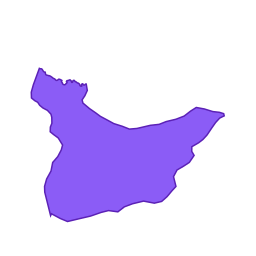 the district of Pochon, Ryanggang, North Korea, rotated 76°
{"feature_id": "82179303B51146356154870", "entity_name": "Pochon", "entity_type": "district", "adm_level": 2, "iso_a3": "PRK", "parent_name": "North Korea", "parent_adm1": "Ryanggang", "projection": "mercator", "projection_center": [128.323, 41.648], "detail": "fine", "context": "isolated", "style": "filled", "palette": "violet", "viewbox_px": 256, "rotation_deg": 76, "n_neighbors": 0, "source": "geoboundaries", "source_scale": "gbopen_adm2", "svg_char_len": 4158}
<svg xmlns="http://www.w3.org/2000/svg" viewBox="0 0 256 256"><g transform="rotate(76 128 128)"><path d="M78.9,211.9L81.2,209.4L84.6,208.2L88.0,205.7L91.4,201.9L96.0,199.4L99.3,199.4L105.0,200.7L108.3,203.1L112.8,204.4L116.2,201.9L120.8,198.1L128.7,195.6L133.2,198.1L138.8,203.1L143.2,209.4L151.1,213.1L157.8,219.3L164.5,223.1L170.1,224.3L181.4,224.3L194.3,224.3L192.7,223.0L199.5,215.5L204.1,209.3L204.2,198.1L204.4,185.6L203.4,174.4L203.4,166.9L206.9,158.1L203.6,150.6L202.6,141.9L202.7,130.6L207.3,120.6L207.4,113.1L204.1,106.8L199.6,100.6L196.3,95.6L190.7,95.6L186.2,95.6L180.6,90.6L178.4,83.1L176.2,76.8L170.6,70.5L166.1,71.8L161.6,70.6L159.4,63.0L157.2,58.0L153.9,53.0L148.3,46.8L143.9,41.7L140.6,36.7L139.8,33.2L139.5,31.7L137.2,31.7L134.9,35.5L132.6,41.7L128.0,49.3L124.6,56.8L126.7,63.1L130.0,70.6L131.1,79.4L131.0,89.4L132.0,96.9L130.8,105.7L130.7,113.2L130.6,119.4L129.4,126.9L124.9,133.2L120.3,140.7L115.7,145.7L110.0,152.0L105.5,155.7L99.8,160.7L92.9,165.7L89.6,165.7L86.2,162.0L81.7,158.4L75.2,157.9L75.1,158.1L75.1,158.3L75.1,158.5L75.3,158.9L75.3,159.0L75.5,159.3L75.7,159.7L75.8,159.9L75.8,160.0L75.7,160.3L75.6,160.5L75.4,160.8L75.2,160.9L75.1,161.0L74.9,161.1L74.7,161.1L74.3,161.1L74.2,161.2L74.2,161.3L74.1,161.5L74.2,161.9L74.2,162.1L74.3,162.3L74.4,162.5L74.5,162.6L74.8,162.7L75.0,162.7L75.4,162.7L75.6,162.7L75.8,162.7L76.0,162.7L76.2,162.8L76.2,163.0L76.1,163.3L76.1,163.5L75.8,163.9L75.6,164.1L75.3,164.3L75.1,164.4L74.9,164.4L74.7,164.4L74.4,164.4L74.2,164.4L73.9,164.5L73.7,164.5L73.3,164.7L73.1,164.8L72.9,164.9L72.8,165.0L72.7,165.2L72.5,165.3L72.5,165.5L72.3,165.6L72.2,165.9L72.1,166.0L71.9,166.3L71.7,166.5L71.3,166.7L71.2,166.8L71.0,167.0L70.9,167.1L70.7,167.2L70.7,167.3L70.5,167.5L70.4,167.7L70.3,167.8L70.2,168.0L69.8,168.2L69.7,168.2L69.5,168.3L69.4,168.3L69.1,168.5L68.9,168.6L68.7,168.8L68.7,169.0L68.6,169.4L68.6,169.6L68.7,169.8L68.8,169.9L68.9,170.0L69.0,170.1L69.3,170.2L69.4,170.3L69.6,170.4L69.8,170.5L70.0,170.6L70.2,170.9L70.2,171.0L70.2,171.3L70.1,171.6L69.8,171.7L69.7,171.7L69.3,171.7L69.2,171.7L68.8,171.7L68.7,171.7L68.4,171.8L68.2,171.9L68.1,172.1L67.8,172.2L67.7,172.3L67.4,172.4L67.3,172.6L67.3,172.8L67.2,173.0L67.2,173.4L67.3,173.6L67.3,173.8L67.4,174.0L67.4,174.4L67.4,174.8L67.4,175.0L67.3,175.3L67.3,175.6L67.4,175.9L67.5,176.1L67.7,176.3L67.8,176.4L68.0,176.5L68.3,176.4L68.5,176.3L68.5,176.2L68.8,176.1L69.1,176.2L69.3,176.3L69.5,176.5L69.7,176.8L69.8,177.1L69.8,177.3L70.0,177.5L70.3,177.8L70.5,178.1L70.6,178.3L70.7,178.5L70.7,178.9L70.7,179.1L70.6,179.3L70.6,179.5L70.4,179.8L70.2,180.1L69.9,180.4L69.7,180.5L69.4,180.7L69.2,180.8L68.9,180.8L68.7,180.8L68.3,180.8L68.2,180.9L67.9,181.0L67.7,181.0L67.4,181.2L67.2,181.3L66.8,181.3L66.7,181.2L66.4,181.1L66.2,181.0L66.1,180.8L65.9,180.8L65.8,180.7L65.7,180.8L65.4,181.1L65.2,181.4L65.0,181.5L64.9,181.7L64.7,181.9L64.5,182.1L64.3,182.4L64.2,182.6L64.1,182.8L64.0,183.0L63.9,183.2L63.9,183.4L64.0,183.5L64.0,183.8L64.1,184.0L64.3,184.3L64.4,184.5L64.5,184.9L64.6,185.1L64.6,185.3L64.6,185.6L64.5,185.8L64.4,186.1L64.2,186.2L64.1,186.3L64.0,186.5L63.9,186.6L63.6,186.8L63.3,186.9L63.2,186.9L63.0,187.0L62.9,187.1L62.7,187.2L62.6,187.3L62.5,187.5L62.3,187.6L62.2,187.8L62.0,188.1L61.9,188.2L61.8,188.4L61.6,188.5L61.4,188.7L61.1,188.9L61.0,189.0L60.8,189.1L60.7,189.2L60.5,189.3L60.4,189.4L60.3,189.6L60.1,189.8L59.8,190.0L59.6,190.1L59.4,190.3L59.2,190.5L59.0,190.8L58.8,190.9L58.6,191.1L58.5,191.3L58.4,191.4L58.3,191.6L58.2,191.7L58.2,191.9L58.2,192.1L58.0,192.4L57.9,192.5L57.6,192.9L57.5,193.1L57.4,193.3L57.3,193.5L57.2,193.7L57.1,193.9L57.0,194.1L56.9,194.3L56.8,194.5L56.6,194.6L56.3,194.8L56.1,194.9L55.8,194.9L55.6,194.9L55.4,194.9L55.2,194.9L54.8,194.9L54.7,194.9L54.3,194.9L54.1,194.8L53.9,194.8L53.7,194.9L53.7,195.0L53.7,195.3L53.6,195.5L53.4,195.7L53.3,195.8L53.1,196.0L52.8,196.2L52.6,196.3L52.4,196.4L52.2,196.5L51.9,196.6L51.6,196.7L51.3,196.8L51.0,196.9L50.8,196.9L50.6,197.0L50.3,197.1L50.1,197.2L50.0,197.3L49.8,197.5L49.6,197.7L49.6,197.9L49.5,198.2L49.4,198.4L49.3,198.6L49.2,198.9L49.0,199.2L48.9,199.4L48.7,199.6L63.2,209.4L69.9,213.2L75.5,214.4L78.9,211.9Z" fill="#8b5cf6" stroke="#5b21b6" stroke-width="1.5"/></g></svg>